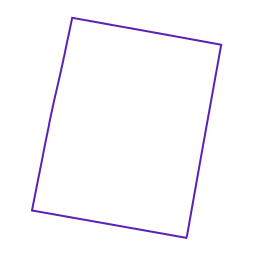 outline of Stephenson, Illinois, United States of America, rotated 281°
{"feature_id": "52423323B66491108399263", "entity_name": "Stephenson", "entity_type": "district", "adm_level": 2, "iso_a3": "USA", "parent_name": "United States of America", "parent_adm1": "Illinois", "projection": "mercator", "projection_center": [-89.633, 42.351], "detail": "fine", "context": "isolated", "style": "outline", "palette": "violet", "viewbox_px": 256, "rotation_deg": 281, "n_neighbors": 0, "source": "geoboundaries", "source_scale": "gbopen_adm2", "svg_char_len": 535}
<svg xmlns="http://www.w3.org/2000/svg" viewBox="0 0 256 256"><g transform="rotate(281 128 128)"><path d="M225.5,52.2L218.2,52.1L217.6,52.1L217.1,52.0L216.6,52.1L194.5,51.7L191.3,51.7L191.1,51.7L180.1,51.5L164.4,51.1L153.0,50.7L151.1,50.6L150.6,50.6L149.8,50.6L146.1,50.4L134.5,50.1L132.2,50.1L125.8,49.9L117.3,49.8L116.0,49.9L97.7,49.7L87.5,49.7L83.5,49.7L78.4,49.7L76.2,49.7L75.4,49.7L62.0,49.6L28.7,49.5L31.3,206.2L33.7,206.5L117.9,205.1L227.5,203.6L226.9,150.3L225.5,52.2Z" fill="none" stroke="#5b21b6" stroke-width="2"/></g></svg>